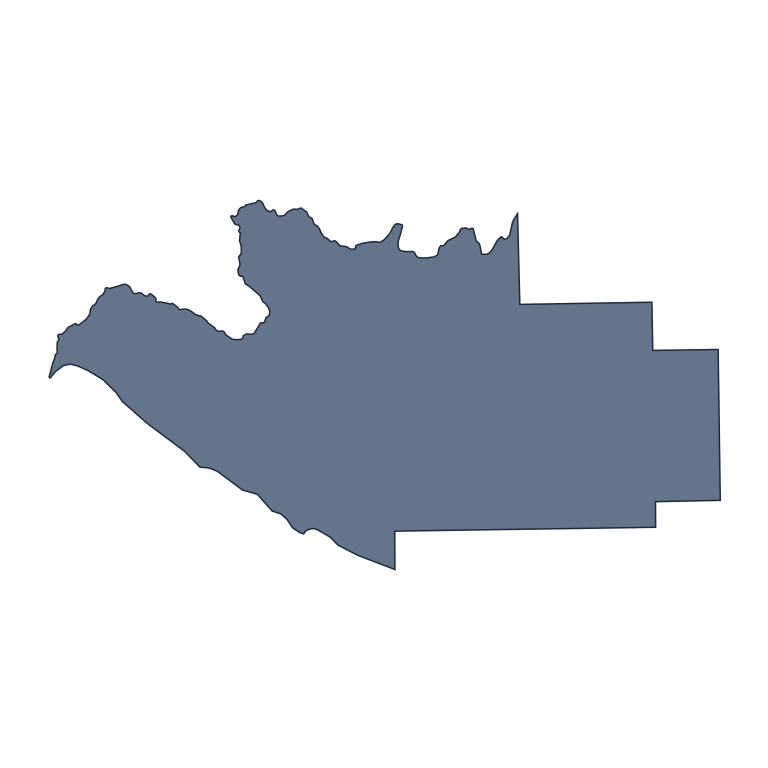 the district of Menominee, Michigan, United States of America, rotated 89°
{"feature_id": "52423323B70505810284564", "entity_name": "Menominee", "entity_type": "district", "adm_level": 2, "iso_a3": "USA", "parent_name": "United States of America", "parent_adm1": "Michigan", "projection": "robinson", "projection_center": [-87.723, 45.54], "detail": "fine", "context": "isolated", "style": "filled", "palette": "slate", "viewbox_px": 768, "rotation_deg": 89, "n_neighbors": 0, "source": "geoboundaries", "source_scale": "gbopen_adm2", "svg_char_len": 3744}
<svg xmlns="http://www.w3.org/2000/svg" viewBox="0 0 768 768"><g transform="rotate(89 384 384)"><path d="M216.0,247.5L221.8,251.4L225.3,252.9L236.9,255.6L238.3,256.4L240.9,259.0L241.3,260.4L241.3,261.4L238.8,263.8L238.9,264.3L241.4,267.2L243.3,268.7L251.9,273.7L255.2,276.8L256.0,278.9L256.1,282.5L255.9,283.7L255.6,284.2L247.2,285.6L245.1,286.5L242.4,289.3L230.3,292.1L229.9,292.7L230.0,294.3L230.8,295.6L230.6,297.1L229.4,299.2L229.8,303.8L231.2,305.0L233.9,306.2L238.2,310.1L241.7,317.5L246.2,321.5L246.7,322.6L246.9,325.0L249.2,326.6L256.0,328.2L257.9,332.3L258.8,340.9L258.2,347.8L255.8,350.0L253.1,351.2L252.4,352.1L251.9,353.2L252.1,358.0L251.5,363.3L251.2,364.8L249.9,366.2L249.0,366.9L245.9,367.6L240.7,367.1L236.0,365.4L226.6,362.7L225.1,363.2L224.0,367.3L224.3,369.6L224.8,370.2L227.8,372.5L233.0,375.2L236.0,377.8L240.0,381.6L242.3,385.6L242.3,386.5L241.6,388.5L241.5,390.8L241.8,395.8L243.0,403.6L245.1,409.6L248.5,410.5L248.7,414.3L248.3,415.5L246.5,418.3L245.7,420.7L245.3,424.4L245.0,425.5L240.2,430.0L239.9,431.6L240.8,433.6L240.8,434.5L237.4,438.3L236.5,439.8L236.5,441.2L231.5,444.4L227.7,445.8L224.6,448.1L224.3,449.2L222.5,451.2L217.1,453.1L215.5,456.2L210.7,458.3L206.8,463.5L206.7,464.6L207.8,467.2L207.6,471.8L210.2,477.3L212.8,479.6L213.6,480.6L214.1,482.3L214.3,486.5L213.3,488.0L208.4,490.2L208.0,491.5L208.1,492.1L209.8,494.6L208.2,498.3L205.0,500.5L201.2,502.1L199.6,503.4L198.5,504.9L198.3,506.7L200.7,509.3L200.9,510.8L202.6,519.1L203.6,519.4L204.4,520.8L204.6,522.5L204.9,523.4L205.7,524.7L207.3,526.1L208.7,526.7L212.2,527.3L213.6,528.9L214.0,531.0L213.0,532.7L213.1,533.5L213.8,534.2L214.9,534.0L221.1,530.6L221.9,529.6L222.8,526.2L224.5,525.3L226.2,525.5L227.9,526.6L229.2,526.4L230.0,525.7L230.3,525.0L238.2,526.0L244.0,524.3L250.2,524.4L251.6,525.0L254.6,527.2L260.2,526.0L261.7,526.1L263.0,526.1L267.3,528.2L272.2,527.4L273.8,525.7L273.7,523.8L274.1,523.2L281.8,520.8L282.1,519.7L284.8,516.1L293.6,506.3L300.0,503.5L301.0,501.6L302.5,500.3L305.2,498.5L308.8,497.0L311.0,497.1L313.7,497.9L315.5,500.7L320.3,502.6L320.6,503.2L320.7,505.9L321.2,506.7L331.0,512.9L331.5,514.0L332.0,517.4L331.5,520.5L333.3,523.8L335.1,524.1L336.4,525.3L336.9,526.4L337.1,530.6L336.6,534.9L332.0,541.4L329.5,542.6L328.5,543.8L328.2,544.7L328.5,548.5L327.2,550.8L326.2,551.7L324.9,552.2L320.1,558.6L317.8,560.1L312.7,566.0L312.7,567.3L311.0,571.8L309.1,573.8L306.2,578.4L305.4,582.1L306.1,585.5L305.9,587.5L303.3,589.3L299.6,594.3L300.4,595.8L299.6,598.6L298.1,605.7L298.2,609.6L297.7,610.3L297.0,610.7L294.7,610.5L294.0,610.8L290.4,614.7L289.8,615.9L290.0,617.1L291.8,618.3L292.1,619.5L291.4,622.1L288.7,625.4L288.5,627.5L289.2,630.1L289.2,632.6L288.1,633.7L283.0,636.1L281.1,638.0L279.7,641.0L279.7,641.8L283.7,656.4L282.9,659.6L283.1,660.5L283.7,661.0L286.3,661.5L288.2,662.5L290.1,664.1L291.0,665.8L294.2,668.8L298.2,670.5L300.2,672.7L300.6,673.7L303.0,675.5L304.7,676.3L308.1,676.8L309.8,677.6L312.2,679.1L314.9,681.6L319.8,688.4L319.7,689.1L318.2,691.3L318.4,692.1L321.9,698.7L322.8,699.7L325.2,701.1L328.2,704.7L328.7,705.3L328.7,708.5L329.5,709.1L331.2,709.1L334.0,708.3L336.7,710.0L344.0,710.3L346.8,710.1L348.0,710.7L348.5,711.7L349.2,712.2L352.9,712.9L357.0,714.7L371.0,718.7L372.0,718.3L372.0,717.4L366.0,712.5L359.9,704.1L358.7,697.2L360.4,690.5L365.5,679.6L374.7,664.9L388.3,651.6L397.0,645.9L419.3,621.4L447.9,584.5L463.9,569.5L464.9,560.4L468.3,552.2L487.5,527.5L492.0,512.7L509.1,498.0L512.1,489.5L517.3,483.6L526.2,477.9L531.3,470.4L532.5,466.9L530.0,465.4L528.0,461.7L527.3,457.6L528.0,454.0L536.1,440.6L544.4,432.7L554.9,413.1L569.7,376.3L531.3,375.8L532.0,114.9L506.4,114.6L506.2,49.8L355.3,49.3L355.1,114.7L306.9,114.7L306.8,246.8L216.0,247.5Z" fill="#64748b" stroke="#1e293b" stroke-width="1.5"/></g></svg>